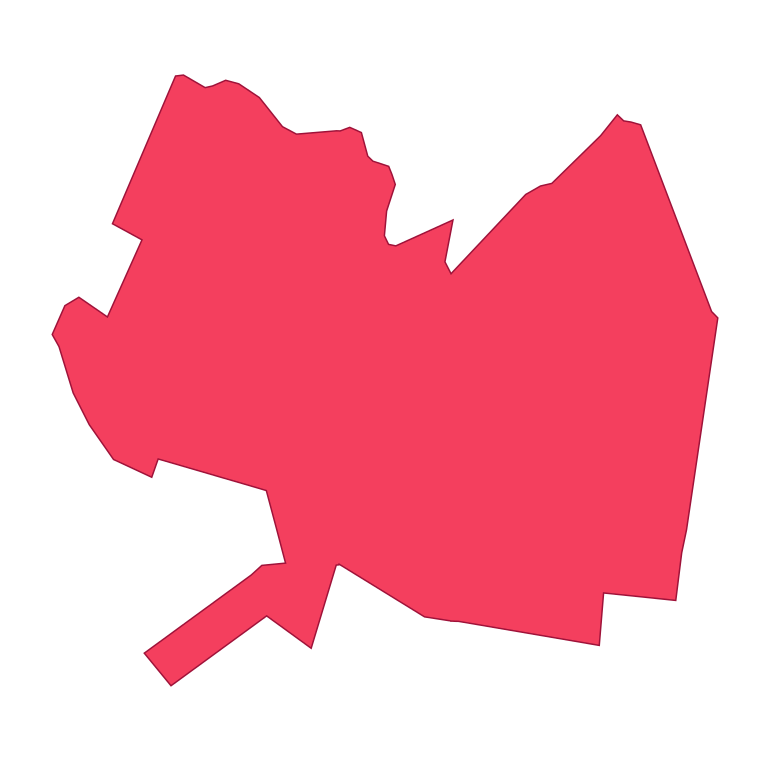 the district of Ruwa, Mashonaland East, Zimbabwe, rotated 91°
{"feature_id": "62879985B71976011533530", "entity_name": "Ruwa", "entity_type": "district", "adm_level": 2, "iso_a3": "ZWE", "parent_name": "Zimbabwe", "parent_adm1": "Mashonaland East", "projection": "robinson", "projection_center": [31.224, -17.887], "detail": "fine", "context": "isolated", "style": "filled", "palette": "rose", "viewbox_px": 768, "rotation_deg": 91, "n_neighbors": 0, "source": "geoboundaries", "source_scale": "gbopen_adm2", "svg_char_len": 1140}
<svg xmlns="http://www.w3.org/2000/svg" viewBox="0 0 768 768"><g transform="rotate(91 384 384)"><path d="M79.7,597.8L228.5,658.3L244.1,628.5L321.8,661.7L302.6,690.6L311.2,704.4L340.3,716.6L352.3,709.6L398.4,694.6L429.8,678.0L464.2,653.1L481.3,614.6L462.9,608.5L490.7,506.5L492.6,499.8L530.7,488.9L564.8,479.3L567.5,503.0L577.3,513.4L657.3,619.0L689.4,591.7L617.9,497.3L649.5,452.2L565.9,428.6L565.6,426.0L564.9,425.8L616.1,339.4L619.5,314.7L619.5,314.0L619.9,313.3L619.9,312.5L619.9,311.8L619.9,311.1L620.0,308.9L620.0,305.9L620.0,305.6L620.1,304.8L641.6,164.2L589.1,160.8L595.3,88.5L547.6,83.4L524.6,79.0L312.1,51.4L308.6,54.9L305.9,57.7L120.4,131.9L117.8,141.5L116.7,149.1L116.2,149.5L110.8,155.4L131.9,171.7L180.5,219.7L183.3,231.0L192.0,245.6L269.5,316.1L272.6,318.9L260.8,325.2L218.8,317.9L245.7,374.6L244.3,381.9L235.8,386.2L211.0,384.4L184.3,376.2L174.4,379.7L166.3,383.1L161.4,399.0L156.5,404.2L133.0,411.0L131.4,414.7L128.0,422.7L131.8,432.4L131.7,433.5L131.7,436.2L135.7,475.9L128.5,490.0L99.8,513.6L86.4,534.4L83.1,547.6L89.0,560.6L90.8,568.0L78.6,589.9L79.7,597.8Z" fill="#f43f5e" stroke="#9f1239" stroke-width="1.5"/></g></svg>